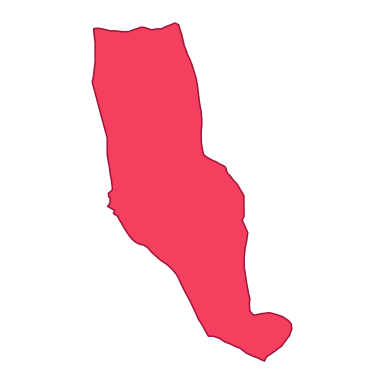 Akure North, Ondo, Nigeria (Equal Earth projection)
{"feature_id": "59680162B82334724733824", "entity_name": "Akure North", "entity_type": "district", "adm_level": 2, "iso_a3": "NGA", "parent_name": "Nigeria", "parent_adm1": "Ondo", "projection": "equal_earth", "projection_center": [5.321, 7.254], "detail": "fine", "context": "isolated", "style": "filled", "palette": "rose", "viewbox_px": 384, "rotation_deg": 0, "n_neighbors": 0, "source": "geoboundaries", "source_scale": "gbopen_adm2", "svg_char_len": 2486}
<svg xmlns="http://www.w3.org/2000/svg" viewBox="0 0 384 384"><path d="M108.3,193.3L108.8,197.0L110.3,197.9L110.0,199.1L110.0,199.9L110.0,200.7L110.1,202.0L109.9,202.5L109.7,203.2L109.3,203.9L109.0,204.7L108.3,205.5L107.6,206.4L110.9,208.3L113.6,209.8L114.4,210.0L114.5,210.5L114.3,211.3L113.5,213.6L114.5,214.2L115.7,215.0L116.3,215.4L116.6,215.5L117.0,215.7L117.5,216.0L118.0,216.4L117.9,217.1L118.0,217.4L120.4,221.4L121.9,224.0L124.7,228.8L127.8,233.7L131.5,238.6L135.2,241.9L139.6,244.3L143.9,245.1L147.6,247.6L151.9,252.5L161.2,260.7L167.3,264.7L171.6,268.8L176.0,273.8L178.4,277.9L180.9,283.6L185.9,293.5L189.6,300.1L192.7,306.6L195.8,313.2L198.3,319.0L202.0,324.7L205.1,330.5L208.4,336.2L211.3,336.2L213.1,336.2L215.6,337.0L219.9,338.6L224.8,341.9L231.0,344.3L235.9,346.7L240.2,348.3L246.4,353.2L253.8,356.5L258.1,358.1L261.2,359.7L264.5,361.0L265.5,358.8L267.3,356.3L271.0,353.8L274.7,351.3L279.0,348.0L281.4,346.3L284.5,342.2L286.3,339.8L289.4,335.6L291.8,329.0L291.2,324.0L288.7,320.8L282.6,316.7L275.8,314.3L269.6,312.7L262.2,313.5L257.9,314.4L253.6,315.2L249.9,311.1L249.3,303.7L249.9,298.8L248.6,293.8L246.9,284.6L244.2,266.9L244.2,266.6L244.2,258.4L244.2,257.8L244.8,251.0L245.4,246.8L246.6,241.1L247.2,236.9L247.8,232.8L245.3,227.0L243.4,222.9L242.2,220.5L244.0,216.3L244.0,208.9L243.9,201.5L243.9,195.7L237.7,185.0L236.5,183.4L234.0,180.9L231.5,177.7L230.3,176.0L227.8,173.6L226.6,171.1L226.0,168.6L225.3,167.0L223.7,165.9L220.3,164.3L219.2,163.7L216.7,162.1L213.0,160.5L209.9,158.9L206.9,157.2L203.8,154.8L202.5,149.8L202.4,149.2L202.1,147.7L201.9,146.5L201.3,141.6L201.2,135.8L201.2,131.7L201.8,125.1L201.8,120.1L201.3,113.4L201.1,111.1L200.5,108.6L199.2,100.4L198.6,95.4L198.0,89.7L197.3,84.7L196.1,78.1L194.8,74.0L193.6,69.9L191.7,64.1L189.8,59.2L187.4,54.3L186.1,50.2L184.3,46.1L183.0,40.3L181.7,34.5L180.3,30.2L179.8,29.0L179.6,27.9L179.4,27.3L179.0,26.1L178.6,24.7L174.9,23.0L173.1,23.9L170.6,24.7L169.3,25.3L164.5,27.2L161.4,28.9L156.5,28.9L151.6,29.8L150.3,29.4L144.2,27.4L141.7,27.2L139.4,27.7L138.1,28.3L133.2,29.9L128.9,31.6L122.7,31.7L118.7,31.3L115.3,30.9L114.0,30.9L112.2,30.9L110.4,30.9L104.2,29.3L103.2,29.2L98.3,28.2L93.8,28.6L93.8,31.9L94.4,36.8L95.1,42.6L95.1,47.6L95.1,55.0L95.1,58.3L95.2,60.7L94.6,66.5L94.2,69.5L93.4,76.4L92.2,82.2L97.6,102.2L99.1,108.0L107.2,137.9L107.2,154.4L108.5,162.6L109.1,165.1L110.4,175.0L111.5,180.6L111.9,184.1L112.4,189.4L111.6,190.7L109.1,192.7L108.3,193.3Z" fill="#f43f5e" stroke="#9f1239" stroke-width="1.5"/></svg>